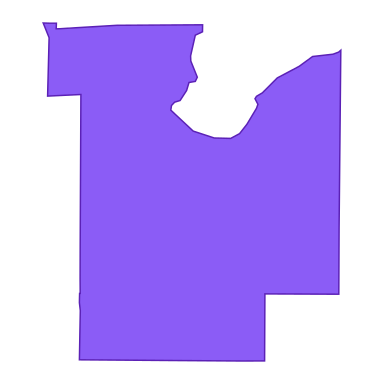 the district of Brown, Wisconsin, United States of America
{"feature_id": "52423323B36008128098590", "entity_name": "Brown", "entity_type": "district", "adm_level": 2, "iso_a3": "USA", "parent_name": "United States of America", "parent_adm1": "Wisconsin", "projection": "natural_earth1", "projection_center": [-88.012, 44.46], "detail": "fine", "context": "isolated", "style": "filled", "palette": "violet", "viewbox_px": 384, "rotation_deg": 0, "n_neighbors": 0, "source": "geoboundaries", "source_scale": "gbopen_adm2", "svg_char_len": 760}
<svg xmlns="http://www.w3.org/2000/svg" viewBox="0 0 384 384"><path d="M340.8,50.2L338.7,52.1L333.0,54.2L312.6,56.5L299.2,66.3L277.3,77.9L262.3,92.9L256.5,96.3L255.0,98.7L257.7,103.9L257.9,104.3L256.5,108.3L246.9,124.3L239.6,133.6L233.3,137.0L230.7,138.4L214.3,138.0L193.2,131.1L175.0,114.1L170.8,110.1L171.5,105.5L174.6,102.2L180.1,100.5L186.6,90.5L189.0,82.5L195.3,81.4L197.3,77.2L190.8,61.0L190.6,55.9L195.3,35.2L202.5,31.8L202.6,24.8L116.9,25.3L58.2,28.8L56.2,28.8L56.4,23.2L49.2,23.2L43.2,23.0L49.1,37.7L47.6,96.1L80.9,94.5L80.2,244.6L80.1,278.7L80.2,293.4L79.6,293.4L79.5,297.5L79.4,302.7L80.3,310.6L79.4,359.8L170.2,360.5L242.9,361.0L264.6,360.9L264.9,293.9L338.8,294.2L339.1,227.0L340.8,50.2Z" fill="#8b5cf6" stroke="#5b21b6" stroke-width="1.5"/></svg>